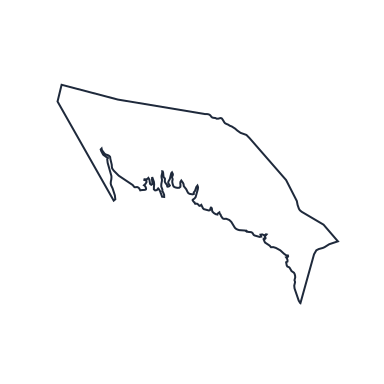 Gulf, Albers equal-area conic projection, rotated 15°
{"feature_id": "PNG-1244", "entity_name": "Gulf", "entity_type": "Province", "adm_level": 1, "iso_a3": "PNG", "parent_name": "Papua New Guinea", "parent_adm1": "", "projection": "albers", "projection_center": [144.902, -7.657], "detail": "fine", "context": "isolated", "style": "outline", "palette": "slate", "viewbox_px": 384, "rotation_deg": 15, "n_neighbors": 0, "source": "natural_earth", "source_scale": "10m", "svg_char_len": 3989}
<svg xmlns="http://www.w3.org/2000/svg" viewBox="0 0 384 384"><g transform="rotate(15 192 192)"><path d="M325.5,271.3L325.2,271.2L323.2,269.3L316.0,258.6L315.0,256.0L314.9,252.5L314.6,251.8L313.9,250.8L313.8,250.4L313.8,247.8L313.3,246.3L312.5,244.8L311.4,243.6L308.6,242.6L306.1,240.1L305.4,239.6L303.4,239.3L302.5,238.4L301.1,235.5L302.2,234.5L301.9,233.1L301.0,231.7L299.9,230.8L300.7,230.4L301.3,229.9L301.5,229.3L301.1,228.5L299.4,228.8L296.8,227.8L292.4,225.5L287.5,224.3L284.8,224.2L282.6,224.9L280.9,223.7L275.6,221.9L274.4,220.5L274.3,220.2L273.9,219.8L273.5,219.4L273.3,218.7L273.5,218.4L274.7,218.3L275.0,217.8L274.9,217.3L274.5,217.0L274.1,216.7L273.9,216.4L274.0,215.8L275.0,213.7L274.4,213.7L273.4,215.1L272.2,215.0L270.8,214.8L269.2,215.5L270.4,217.2L268.9,217.9L263.7,217.8L262.7,217.5L261.1,216.0L260.0,215.5L258.7,215.6L257.4,215.9L256.1,216.0L254.8,215.5L254.8,216.0L253.2,215.5L247.5,216.6L245.5,216.5L243.9,216.1L242.6,215.4L237.7,210.7L235.3,209.4L232.1,209.0L231.3,209.2L230.5,209.5L229.6,209.7L228.7,209.6L227.9,209.1L226.1,207.5L225.5,206.5L224.3,205.7L223.7,204.6L222.9,205.5L222.2,206.7L222.3,207.2L220.7,207.3L218.6,206.7L216.7,205.6L215.9,204.0L215.6,203.1L215.0,202.3L214.4,202.1L214.1,202.8L214.1,204.7L213.8,205.1L213.0,205.5L207.8,205.5L206.8,204.9L204.3,202.0L203.2,203.4L202.3,203.3L201.3,202.5L199.9,202.0L199.4,202.1L198.4,202.5L197.9,202.5L197.7,202.3L197.3,201.5L197.0,201.4L196.3,201.1L195.5,200.5L194.8,199.9L194.7,199.3L196.1,197.6L196.8,196.1L196.9,187.8L196.6,185.8L195.6,184.4L194.9,186.0L194.6,190.2L193.8,192.0L194.3,193.4L193.3,194.1L191.6,194.3L190.1,194.4L188.7,194.0L187.5,192.9L185.7,190.8L182.6,188.5L181.8,186.6L180.9,185.5L178.7,183.7L178.2,185.3L178.5,186.9L179.1,188.4L179.4,190.0L178.6,191.2L176.7,191.8L174.6,191.9L172.9,191.5L172.1,190.6L171.2,189.2L170.4,187.6L170.1,186.4L170.1,185.5L170.0,184.7L169.7,184.1L169.2,183.5L168.8,182.7L169.1,180.6L168.9,179.7L167.6,178.2L167.1,179.2L167.2,185.3L166.5,188.0L166.6,189.1L167.0,189.8L168.9,191.5L168.5,192.3L167.7,192.9L166.9,193.2L166.6,192.9L166.1,191.8L163.9,190.0L163.1,189.1L162.9,188.5L162.6,187.0L162.5,186.4L162.3,186.0L161.8,185.6L161.2,185.3L160.8,185.0L160.1,183.5L159.1,180.8L158.4,179.7L157.9,179.7L158.3,181.2L158.4,184.4L158.8,185.7L159.9,188.1L160.1,189.4L160.3,192.2L160.8,194.4L161.3,195.3L162.1,196.3L162.8,197.4L163.1,198.8L164.1,199.7L165.8,201.9L166.4,204.0L164.3,204.3L164.0,203.8L162.4,201.5L162.0,201.1L161.5,200.2L160.5,199.0L159.3,197.9L158.4,197.3L157.5,199.3L156.0,200.0L154.5,199.3L153.9,197.0L153.5,194.5L152.6,192.1L149.7,187.9L150.1,190.2L151.1,192.6L151.7,194.6L150.8,195.6L149.4,195.0L147.6,191.0L146.2,189.7L145.7,190.7L144.9,191.4L143.9,191.8L142.8,192.0L142.8,192.7L145.0,192.8L145.5,194.2L145.0,196.1L143.9,197.9L144.8,198.2L145.9,199.2L146.7,200.4L146.8,201.4L146.0,202.1L142.8,203.2L141.6,203.8L140.1,202.2L139.2,201.7L138.1,201.4L137.2,201.6L136.2,202.0L135.2,202.2L134.4,201.7L132.9,200.6L117.0,195.2L110.8,191.6L108.8,189.9L108.0,188.3L107.5,186.6L104.5,181.0L103.9,179.5L103.6,179.1L102.7,178.6L101.9,178.3L99.9,178.1L98.9,178.1L97.6,177.6L94.7,175.3L93.9,174.5L93.8,174.2L93.4,173.4L92.8,174.5L93.7,175.9L96.4,178.8L97.2,179.3L98.0,179.5L99.9,180.3L101.8,180.6L102.0,181.1L101.7,181.7L101.6,182.2L103.0,185.7L110.0,197.4L110.5,199.1L110.8,200.9L110.9,202.9L111.3,204.9L112.2,206.5L114.4,209.1L118.4,215.3L119.8,218.9L118.6,220.6L38.7,139.4L38.3,122.2L96.5,121.9L183.9,113.4L184.1,113.4L186.6,112.8L187.7,112.7L188.7,112.8L189.8,113.2L191.2,114.3L192.3,114.8L193.4,114.8L195.5,114.5L196.9,114.8L198.5,114.3L199.6,113.6L200.7,113.1L201.9,113.3L203.7,114.9L205.0,116.2L206.1,117.0L207.4,117.3L209.6,117.6L211.3,118.2L213.4,118.4L217.2,119.6L219.8,120.9L223.6,122.3L229.8,122.8L233.7,125.1L279.8,156.1L295.6,173.6L297.3,177.1L299.6,180.5L300.9,181.7L303.0,182.7L327.5,189.5L345.7,201.9L338.1,206.9L334.3,211.0L332.8,212.2L329.2,214.3L327.2,216.1L326.0,220.6L325.5,271.3L325.5,271.3Z" fill="none" stroke="#1e293b" stroke-width="2"/></g></svg>